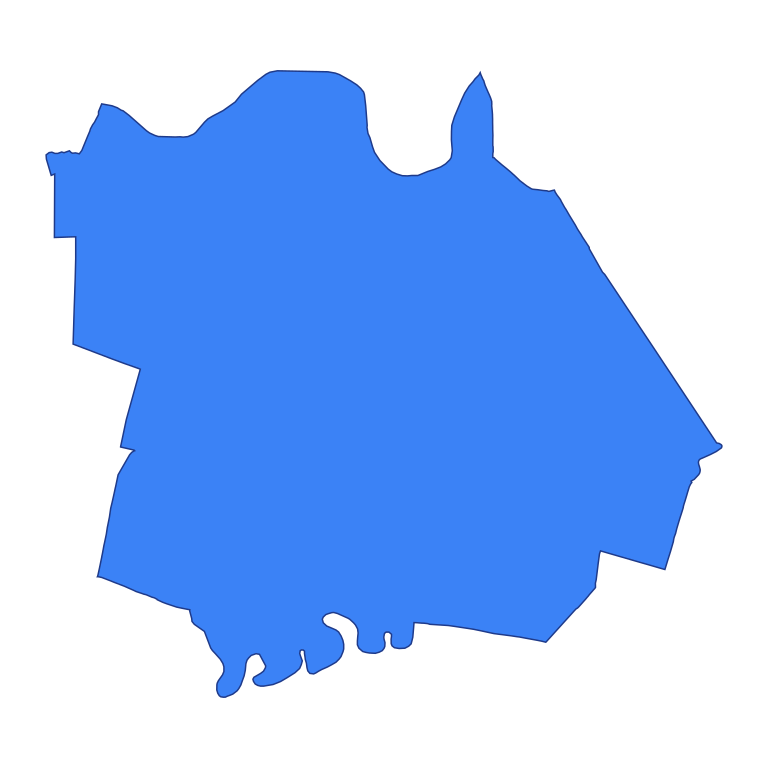 Cilibia, Buzau, Romania
{"feature_id": "2599482B67020299578816", "entity_name": "Cilibia", "entity_type": "district", "adm_level": 2, "iso_a3": "ROU", "parent_name": "Romania", "parent_adm1": "Buzau", "projection": "equal_earth", "projection_center": [27.05, 45.044], "detail": "fine", "context": "isolated", "style": "filled", "palette": "blue", "viewbox_px": 768, "rotation_deg": 0, "n_neighbors": 0, "source": "geoboundaries", "source_scale": "gbopen_adm2", "svg_char_len": 5845}
<svg xmlns="http://www.w3.org/2000/svg" viewBox="0 0 768 768"><path d="M664.9,569.5L667.7,560.3L670.6,551.1L673.3,541.8L673.8,538.8L674.2,537.2L675.6,533.4L676.8,528.5L679.3,520.1L680.3,516.9L681.2,514.2L682.4,510.4L683.2,507.7L683.4,506.3L684.1,503.8L684.9,501.4L686.7,495.4L687.7,491.9L688.0,491.0L688.6,489.0L689.2,487.0L689.7,485.9L690.5,484.3L691.2,483.2L691.8,482.6L691.1,481.1L694.3,479.3L698.7,474.6L699.6,473.1L700.0,471.7L700.2,470.1L700.1,469.2L699.3,466.2L698.7,464.4L698.4,462.3L698.7,460.9L699.3,459.8L700.4,458.9L702.8,457.9L710.4,454.5L716.3,451.5L721.4,447.9L721.6,447.5L721.9,446.5L721.8,445.4L721.1,444.6L719.3,443.5L716.6,442.9L652.1,345.6L639.9,327.3L604.8,274.5L602.5,272.2L592.4,254.3L589.3,248.8L589.2,247.3L582.3,236.8L580.9,234.3L579.3,231.9L577.4,228.9L575.3,225.0L569.3,215.2L566.2,209.8L564.5,207.2L562.9,204.3L561.4,201.6L560.4,199.5L556.8,194.7L555.2,192.1L554.4,190.1L553.2,190.3L549.3,191.3L548.2,191.3L547.6,191.0L546.9,190.8L544.4,190.6L542.5,190.4L537.7,189.7L534.5,189.4L532.5,189.2L531.2,188.7L527.0,186.1L524.6,184.3L519.9,180.7L516.2,177.1L514.1,175.1L512.8,174.0L511.4,172.7L509.8,171.3L506.1,168.2L502.0,164.9L498.5,161.9L495.7,159.5L494.0,157.7L492.8,157.5L492.8,153.7L492.9,153.3L493.2,151.4L493.1,146.8L492.8,145.7L492.8,143.1L492.8,139.8L492.9,135.3L492.7,129.5L492.7,127.1L492.6,122.2L492.6,119.0L492.5,115.9L492.5,114.7L492.4,113.4L492.3,111.9L492.0,108.8L491.7,105.7L491.8,104.4L491.7,101.4L491.2,99.8L490.7,98.2L489.2,94.6L488.0,92.0L485.2,85.5L484.3,82.7L483.8,80.8L482.8,79.1L480.8,74.5L480.2,72.6L478.9,75.0L475.1,78.8L473.1,81.6L469.2,86.0L464.7,93.1L461.7,99.6L454.4,116.9L451.8,125.3L451.5,131.2L451.4,139.8L452.3,150.8L451.2,157.6L449.8,159.8L445.6,163.9L440.8,166.9L434.6,169.3L427.7,171.5L417.9,175.5L411.7,175.5L407.5,175.9L402.3,175.7L396.7,174.0L391.8,171.8L388.2,169.1L379.9,160.5L374.5,152.3L372.6,147.0L369.9,137.6L368.0,133.5L367.0,127.4L367.2,125.4L365.7,105.7L364.4,94.6L363.6,92.0L360.6,88.3L357.0,85.0L350.7,80.9L339.5,74.6L335.3,73.1L327.9,71.8L277.3,70.8L270.0,72.2L265.9,74.3L257.7,80.4L241.5,94.2L235.2,102.0L223.1,110.6L212.8,116.0L207.9,118.9L204.4,122.3L195.8,132.4L193.5,134.2L187.9,136.6L183.3,137.1L180.0,136.8L175.1,137.0L158.2,136.5L154.8,135.4L149.6,133.0L146.4,130.7L129.1,115.4L123.1,110.8L121.2,110.2L117.4,107.8L112.1,105.8L104.1,104.3L101.7,103.9L98.5,111.7L98.5,114.7L97.8,116.0L96.0,119.3L94.6,122.1L92.7,124.7L90.5,128.8L89.8,131.2L87.5,136.6L85.2,142.2L81.8,150.5L79.3,153.8L75.6,152.9L72.5,153.2L71.2,152.6L69.4,150.8L64.0,152.7L61.7,152.0L57.8,153.4L54.9,153.4L51.9,152.2L49.1,152.6L46.1,154.9L46.4,159.1L51.2,175.4L54.7,174.0L54.4,237.5L71.5,236.9L75.7,236.8L75.7,258.6L75.2,279.0L74.2,308.2L73.1,344.1L97.8,353.5L111.9,358.9L124.1,363.4L139.1,368.7L140.3,369.2L126.3,419.6L123.0,435.3L120.6,446.7L120.6,447.0L134.1,450.1L134.6,450.7L134.2,450.8L131.7,452.4L129.6,454.8L118.1,474.8L116.7,481.5L115.7,486.3L115.3,487.9L114.2,493.1L113.2,497.6L112.1,502.5L110.7,508.3L109.4,517.3L109.1,518.7L107.6,526.2L107.4,527.0L106.3,534.3L104.2,544.3L104.0,545.0L103.5,547.7L103.2,549.5L103.0,550.3L102.9,551.0L102.7,552.1L102.3,554.2L101.9,556.0L101.7,557.3L100.7,562.1L100.0,565.6L99.8,566.4L99.5,568.0L98.4,573.0L98.0,574.8L97.7,576.0L97.4,576.7L97.9,576.7L99.2,576.9L101.9,577.5L103.4,578.1L106.8,579.4L110.7,580.9L114.1,582.3L124.3,586.2L133.8,590.4L136.0,591.5L142.6,593.7L143.6,594.1L146.1,594.7L151.1,596.8L151.7,597.1L154.3,597.8L157.1,599.3L157.2,599.7L162.5,602.2L166.5,603.7L174.9,606.5L176.7,607.1L182.8,608.4L188.4,609.5L189.8,609.7L189.7,610.7L189.8,611.3L191.7,618.5L192.0,621.4L194.3,624.3L204.4,631.4L209.3,644.3L210.7,648.0L212.4,650.5L215.5,653.8L220.3,659.2L222.9,663.5L223.9,666.8L223.9,671.5L222.5,674.9L218.4,680.7L217.2,683.2L216.9,684.8L216.8,690.0L217.8,693.3L219.3,695.7L220.8,696.8L223.5,697.2L225.5,697.1L227.3,696.2L229.3,695.5L232.8,694.1L237.1,690.8L238.8,688.6L240.9,684.9L242.1,681.4L244.1,675.9L245.3,670.3L245.9,663.7L247.0,660.2L248.6,658.0L251.2,655.4L256.0,653.7L259.5,654.3L265.7,665.9L265.4,667.8L263.5,671.2L260.6,673.4L253.9,677.3L252.9,679.2L253.5,681.4L255.2,684.0L257.7,685.4L260.5,686.1L263.8,686.1L273.1,684.5L277.9,682.6L280.6,681.5L287.4,677.5L295.0,672.7L299.6,668.5L301.3,664.6L302.3,660.9L300.7,656.6L299.7,653.5L300.2,650.7L301.5,649.9L303.4,650.1L304.5,651.2L304.5,653.5L305.1,657.5L305.3,659.4L306.4,663.2L307.0,667.8L307.8,670.9L309.9,673.4L313.7,673.9L315.9,672.9L318.4,671.3L321.7,669.5L327.4,667.0L331.7,664.7L336.0,662.2L339.2,659.0L341.0,656.6L343.0,651.7L343.7,649.0L343.7,644.3L342.9,640.4L341.1,636.0L338.6,632.0L336.0,630.0L331.9,628.2L326.7,626.0L323.3,622.8L322.3,619.2L323.3,617.0L325.8,614.6L328.2,613.7L331.9,612.6L333.8,612.5L337.5,613.5L348.0,618.2L349.8,619.3L353.6,622.8L355.5,625.0L357.6,628.9L358.1,633.0L357.7,637.0L357.4,640.9L357.4,644.8L358.9,648.2L362.7,651.5L365.9,652.4L369.4,653.0L375.3,653.3L379.2,652.2L382.3,650.6L384.0,648.4L384.8,646.5L385.0,642.7L384.0,639.0L383.8,637.0L384.5,633.4L386.1,632.1L389.0,632.1L390.0,633.0L391.5,634.3L391.5,636.3L391.1,639.2L391.2,643.7L392.1,645.9L394.4,647.7L399.1,648.5L404.9,648.2L408.7,646.2L411.1,643.9L411.5,642.5L412.2,639.7L412.8,637.2L413.6,627.9L414.0,622.6L416.7,622.7L421.4,623.1L423.9,623.2L427.6,623.6L429.9,624.3L448.3,625.5L454.0,626.3L467.9,628.4L473.7,629.3L481.0,630.8L493.0,633.4L494.0,633.6L500.2,634.4L501.9,634.6L504.9,635.0L511.1,635.8L517.0,636.7L519.5,637.0L525.3,638.1L536.8,640.2L541.8,641.2L545.8,642.2L546.6,641.4L549.5,638.2L574.0,611.1L575.4,609.6L576.3,608.7L577.3,608.2L578.0,607.6L578.7,606.9L582.2,603.0L582.9,602.2L585.5,599.3L586.9,597.6L588.4,595.9L589.2,594.8L591.3,592.4L592.1,591.5L593.8,589.5L594.7,588.6L595.5,587.4L595.4,583.2L596.2,579.7L598.0,565.0L598.1,564.1L599.5,553.8L600.5,550.9L640.2,562.4L647.6,564.5L661.0,568.4L664.9,569.5Z" fill="#3b82f6" stroke="#1e3a8a" stroke-width="1.5"/></svg>